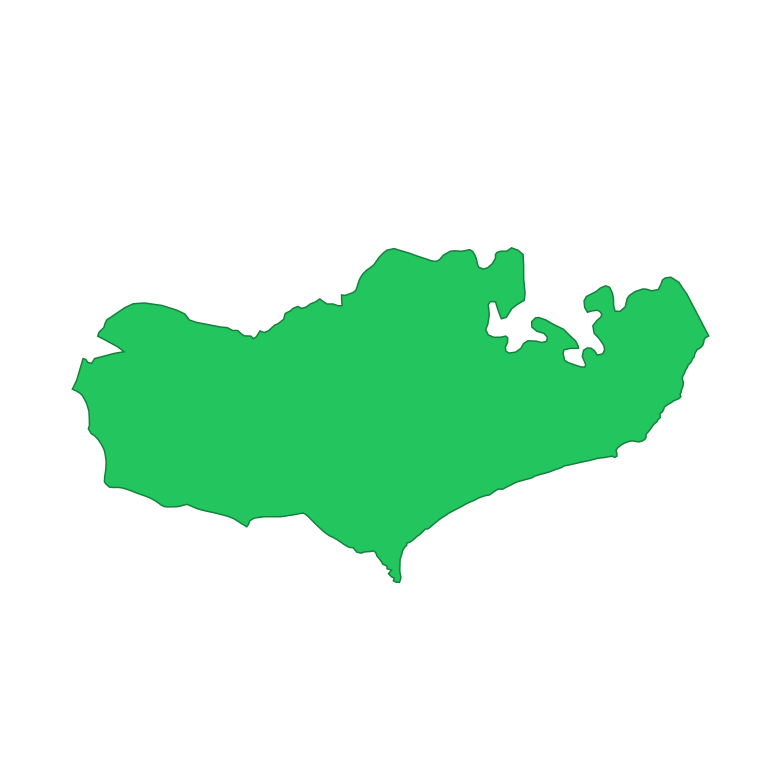 Damnak Chang'aeur, Kep, Cambodia, rotated 287°
{"feature_id": "14789045B40625138600094", "entity_name": "Damnak Chang'aeur", "entity_type": "district", "adm_level": 2, "iso_a3": "KHM", "parent_name": "Cambodia", "parent_adm1": "Kep", "projection": "orthographic", "projection_center": [104.383, 10.512], "detail": "fine", "context": "isolated", "style": "filled", "palette": "green", "viewbox_px": 768, "rotation_deg": 287, "n_neighbors": 0, "source": "geoboundaries", "source_scale": "gbopen_adm2", "svg_char_len": 5640}
<svg xmlns="http://www.w3.org/2000/svg" viewBox="0 0 768 768"><g transform="rotate(287 384 384)"><path d="M287.9,87.5L287.4,91.7L286.5,95.4L285.1,98.4L282.7,101.2L278.2,105.5L271.7,109.8L264.2,112.5L258.3,114.4L254.6,114.4L250.9,118.6L249.9,122.4L247.1,127.2L243.7,131.3L239.8,135.1L237.2,136.9L234.0,138.5L228.8,140.9L225.8,141.7L222.8,142.5L218.2,143.4L214.2,143.9L208.8,145.2L207.1,147.2L205.1,151.5L206.0,155.8L206.9,158.4L207.7,161.4L208.1,164.7L208.1,169.2L207.9,174.1L207.4,180.2L207.2,184.3L207.1,187.8L206.8,192.6L205.5,199.2L204.5,202.4L203.1,206.4L202.5,209.7L203.5,214.0L204.6,217.3L205.9,221.2L207.4,224.6L209.1,227.0L211.3,230.8L211.0,234.5L210.2,241.4L210.2,245.7L210.5,251.1L211.2,258.8L211.5,264.8L211.7,269.7L211.8,274.3L211.3,279.7L210.2,283.9L208.9,288.2L208.2,291.2L207.3,294.5L209.9,295.4L214.1,295.7L218.0,299.3L219.8,303.4L222.0,308.1L223.5,313.0L225.1,318.1L226.7,323.6L228.4,327.5L230.2,330.9L232.3,335.5L235.2,340.8L236.9,344.4L236.5,346.9L235.4,349.7L232.2,355.6L230.3,359.2L228.4,362.9L225.7,368.5L224.3,371.9L222.9,376.2L222.4,380.6L221.4,384.7L220.0,389.3L218.7,393.2L217.6,398.5L218.4,402.5L216.5,405.2L215.2,407.4L215.7,411.9L217.5,414.0L218.8,417.2L220.1,420.6L221.4,422.9L220.3,425.4L217.4,427.6L214.9,431.5L213.3,433.4L211.3,435.6L210.9,439.9L208.2,441.0L208.3,445.6L203.9,443.7L201.8,447.5L201.4,450.5L198.5,450.5L198.0,453.5L198.8,456.8L203.1,456.9L205.3,456.1L207.6,454.8L210.2,453.6L212.7,452.9L215.1,452.3L218.6,451.3L221.2,450.7L224.0,450.7L226.6,450.8L229.5,450.4L231.9,451.0L234.2,451.6L236.4,452.9L238.6,452.3L239.8,454.5L242.1,456.5L244.2,457.9L246.3,459.2L248.4,460.4L250.2,462.0L252.7,463.5L254.8,464.7L257.6,466.0L258.2,468.3L260.6,470.1L264.4,472.4L267.0,474.2L270.1,476.2L273.2,478.6L276.9,481.8L278.8,483.2L280.6,484.9L282.9,487.2L285.6,489.9L288.3,492.7L290.2,494.7L292.4,496.6L295.9,500.4L297.7,502.5L299.2,504.4L301.6,506.7L303.2,508.4L305.7,511.9L307.0,513.8L308.6,517.1L311.0,519.0L315.1,522.2L316.8,523.9L318.3,528.5L321.0,531.0L323.1,533.4L325.9,536.2L328.9,539.4L330.4,541.6L332.7,545.3L334.4,547.9L336.2,551.0L337.6,552.9L340.3,555.4L341.8,557.8L343.5,560.3L345.3,563.3L346.6,565.4L348.3,567.9L352.6,573.3L354.5,576.2L356.3,578.5L358.3,580.1L360.2,583.8L367.2,596.0L370.7,602.4L373.2,606.6L375.0,609.4L376.1,611.5L378.1,616.3L379.3,618.5L380.5,620.9L381.6,623.5L381.2,626.1L383.2,627.9L386.2,626.7L388.4,625.3L391.2,626.1L394.6,628.3L397.7,631.1L400.9,635.4L402.1,637.7L402.6,640.7L403.0,644.3L404.7,647.3L407.2,649.6L409.7,650.2L412.6,649.3L415.6,650.8L420.2,652.5L423.3,653.4L425.4,654.4L427.3,655.9L430.2,656.6L432.7,658.0L436.4,656.6L438.6,658.3L440.9,658.8L444.2,659.0L446.7,660.8L448.8,662.7L450.6,664.5L452.6,665.9L454.2,667.9L456.2,670.3L458.5,671.6L460.6,670.1L463.0,670.6L465.8,670.2L468.5,670.6L470.8,670.3L473.3,669.8L475.2,668.3L477.6,667.4L480.0,667.7L482.6,668.2L485.3,668.3L488.5,669.2L491.0,669.3L493.2,670.6L495.7,671.4L498.4,671.8L500.8,672.7L503.6,672.4L505.9,672.8L508.2,673.3L510.2,675.2L512.2,676.6L514.6,677.5L517.3,677.6L519.7,677.2L522.0,677.7L524.9,680.5L558.3,647.6L563.0,641.6L567.5,636.2L570.0,627.1L567.7,622.0L564.8,619.9L560.2,619.7L554.3,618.6L551.4,612.5L551.4,607.3L550.6,603.8L545.9,597.2L540.5,592.8L536.9,591.6L528.2,592.1L522.4,588.4L521.3,583.7L525.6,580.9L532.6,578.5L537.8,575.8L542.4,571.5L542.8,567.4L539.1,562.9L534.3,559.7L526.8,551.9L521.9,551.0L515.9,553.5L512.1,557.6L514.8,561.7L516.8,566.2L516.5,569.1L514.3,572.0L511.1,571.7L507.0,569.0L500.6,566.7L493.8,570.3L490.6,576.1L485.1,583.0L481.1,585.0L476.7,584.3L474.0,579.5L477.1,575.9L478.8,571.6L477.9,567.8L474.6,565.0L468.3,565.6L461.7,571.1L459.0,571.3L457.9,567.2L458.0,561.3L458.4,553.3L459.5,549.8L465.6,546.3L469.2,546.0L472.5,551.7L475.0,559.6L477.2,558.5L481.2,554.6L484.6,547.6L488.8,539.8L490.5,528.8L492.6,519.9L492.8,512.4L491.5,509.5L486.8,507.0L481.6,508.8L479.1,514.9L479.2,522.1L476.5,526.5L472.4,527.1L469.7,522.6L469.5,516.9L467.4,508.9L463.6,505.7L458.3,504.6L453.0,500.6L450.2,494.7L450.9,491.1L454.8,489.3L459.7,490.0L464.1,488.9L465.4,486.5L462.8,481.7L460.8,475.4L461.4,469.4L463.1,467.8L465.7,465.3L471.5,465.8L481.3,464.4L490.3,460.5L493.9,461.6L495.2,466.6L488.2,471.3L480.7,477.1L483.4,481.4L493.3,484.2L498.9,488.0L504.9,493.6L511.6,492.5L525.3,486.9L539.0,482.6L548.5,479.1L551.1,473.1L551.5,466.1L547.0,462.6L545.4,457.6L544.3,455.5L542.7,453.5L540.3,452.7L538.1,453.6L535.6,453.6L532.5,452.8L530.2,452.2L525.5,449.1L523.0,445.7L523.3,440.4L526.7,437.8L528.9,436.8L531.0,435.5L533.4,433.6L536.8,429.9L537.5,426.6L534.8,421.8L533.7,419.7L532.7,415.5L532.1,412.9L530.5,408.9L526.7,405.0L524.1,402.9L519.8,401.1L517.2,399.0L516.0,396.0L515.7,392.9L515.9,387.8L516.0,380.4L516.2,375.2L516.5,371.1L516.5,366.0L516.4,358.2L516.5,354.2L512.8,347.6L508.8,344.9L503.5,342.2L495.1,339.5L491.3,336.9L487.4,333.9L483.5,331.8L480.5,330.8L477.8,330.2L472.0,329.8L468.4,329.9L465.5,329.7L462.8,328.0L459.9,324.4L457.2,320.7L456.8,317.4L452.3,318.8L448.1,320.5L446.6,321.0L445.4,317.5L445.6,311.8L443.9,306.3L444.6,303.1L446.6,297.7L442.5,294.5L439.3,290.4L434.9,287.2L432.2,283.1L433.0,278.9L429.8,275.0L426.3,272.9L422.6,268.9L416.5,269.1L410.6,265.0L408.5,262.3L401.3,258.1L398.2,254.4L398.5,249.9L392.5,248.3L391.1,247.6L389.1,245.9L390.9,242.7L389.2,236.3L390.4,232.4L392.4,228.6L390.9,223.4L392.1,217.7L390.7,211.0L388.1,186.7L388.3,179.1L392.7,173.2L394.0,164.4L394.2,148.8L391.5,131.4L387.4,120.7L381.3,113.9L364.2,100.1L360.0,99.5L356.1,99.6L350.1,96.3L346.0,96.2L345.0,102.1L341.7,118.6L338.8,125.9L334.4,117.1L323.7,99.8L318.3,98.4L318.0,94.5L320.3,91.6L320.3,88.8L297.7,89.0L287.9,87.5Z" fill="#22c55e" stroke="#15803d" stroke-width="1.5"/></g></svg>